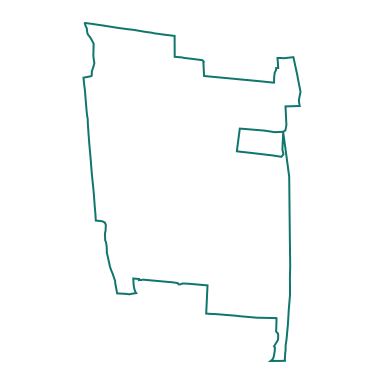 the district of Grivita, Galati, Romania
{"feature_id": "2599482B77537188283397", "entity_name": "Grivita", "entity_type": "district", "adm_level": 2, "iso_a3": "ROU", "parent_name": "Romania", "parent_adm1": "Galati", "projection": "orthographic", "projection_center": [27.661, 45.694], "detail": "fine", "context": "isolated", "style": "outline", "palette": "teal", "viewbox_px": 384, "rotation_deg": 0, "n_neighbors": 0, "source": "geoboundaries", "source_scale": "gbopen_adm2", "svg_char_len": 2947}
<svg xmlns="http://www.w3.org/2000/svg" viewBox="0 0 384 384"><path d="M290.0,251.9L290.0,247.6L289.9,243.4L289.2,176.7L285.8,151.3L283.2,132.4L282.4,149.7L283.5,154.3L281.4,156.8L272.5,155.4L267.1,154.8L261.3,154.1L251.9,153.0L243.9,152.1L240.9,151.8L236.9,151.3L237.3,147.7L238.4,139.4L239.4,131.6L239.8,128.6L242.6,128.8L264.5,130.6L274.3,132.1L276.7,132.1L283.2,131.8L285.4,130.3L286.4,125.2L285.5,106.4L299.7,106.0L299.3,103.7L298.9,101.1L299.0,99.4L300.5,91.9L300.2,90.1L298.6,82.2L297.1,74.2L293.4,57.2L292.2,57.3L283.2,58.3L282.0,58.0L277.5,58.0L277.8,61.8L278.2,68.0L276.1,68.1L276.0,70.1L274.7,72.6L274.2,76.8L274.0,81.3L274.1,82.6L273.1,82.6L262.5,81.5L204.1,76.0L203.7,68.7L203.5,64.6L203.4,63.3L203.7,62.8L203.5,62.4L203.7,61.5L202.8,60.9L202.5,60.2L191.6,58.8L183.9,57.9L181.8,57.4L174.7,56.8L174.6,35.9L173.7,35.8L164.5,34.7L158.8,33.9L154.8,33.4L151.7,32.7L145.5,31.9L142.0,31.3L133.3,29.8L129.4,29.4L123.2,28.6L121.6,28.4L120.3,28.2L116.1,27.6L107.3,26.2L102.3,25.4L98.7,24.9L92.1,23.9L85.0,23.0L84.8,23.1L85.4,25.5L86.8,28.4L87.0,30.7L87.3,32.4L87.6,33.8L87.9,34.4L88.4,35.1L89.6,36.6L91.4,39.3L92.6,41.7L93.7,43.8L93.5,48.0L93.5,51.1L93.3,55.8L93.9,60.3L94.3,62.6L94.3,63.4L93.7,65.7L92.9,68.3L91.9,71.1L91.8,72.8L91.8,74.6L91.6,75.8L91.1,76.2L89.0,76.6L83.5,77.7L84.0,83.1L85.0,91.0L85.7,100.2L86.4,108.6L86.8,112.9L87.1,115.1L87.3,116.8L87.5,117.8L87.7,118.9L87.9,124.5L88.5,133.4L89.4,145.1L90.7,159.5L91.7,172.6L93.6,191.2L94.3,200.5L94.7,205.9L95.1,210.2L95.4,214.0L95.8,220.6L99.5,220.9L102.3,221.3L104.8,222.5L104.8,223.0L105.6,224.1L105.8,224.9L105.6,230.5L105.1,232.8L104.9,235.2L105.1,237.4L105.2,240.4L105.8,241.7L106.4,244.5L106.6,246.1L106.8,248.5L106.8,252.4L107.5,255.5L108.3,259.1L108.9,261.7L109.5,264.4L109.7,265.6L110.2,267.3L110.8,269.2L111.0,269.8L111.9,271.9L112.9,274.4L113.3,275.7L114.2,278.3L115.2,281.3L115.2,283.1L115.8,286.1L116.6,290.5L117.1,292.9L117.2,293.4L118.3,293.5L125.4,293.8L129.5,294.3L132.2,293.7L136.2,293.1L135.4,291.9L134.5,289.6L133.7,285.5L133.4,281.1L133.3,278.5L136.5,278.8L139.0,279.0L138.9,279.5L138.9,280.1L139.3,280.0L141.4,280.1L141.7,279.9L142.6,279.7L143.4,279.7L145.7,279.9L173.3,282.4L176.0,282.8L176.9,283.0L177.9,283.2L178.5,284.3L180.0,284.4L182.8,283.5L185.8,283.6L189.4,283.8L207.5,285.4L206.2,313.6L208.3,313.7L208.5,313.8L215.9,314.1L235.5,315.7L238.7,316.1L255.5,317.6L257.0,317.7L276.4,318.1L276.5,320.1L276.3,327.4L276.1,331.5L278.0,333.6L278.2,335.4L278.1,339.0L277.7,340.4L276.3,342.7L274.0,346.4L274.6,347.0L274.9,347.5L274.8,349.4L274.7,351.4L274.2,354.0L273.9,355.9L273.3,357.9L272.9,358.8L272.4,359.6L270.6,361.0L280.8,360.9L285.0,360.8L284.9,359.5L284.8,358.9L285.0,357.2L285.1,354.9L285.2,352.8L285.5,351.2L285.6,349.0L285.6,346.6L285.6,345.7L285.8,344.4L286.5,339.6L287.2,332.1L287.9,324.6L288.7,310.8L290.0,294.9L290.0,285.0L289.9,278.6L290.2,266.9L290.1,256.6L290.0,253.3L290.0,252.7L290.0,251.9Z" fill="none" stroke="#0f766e" stroke-width="2"/></svg>